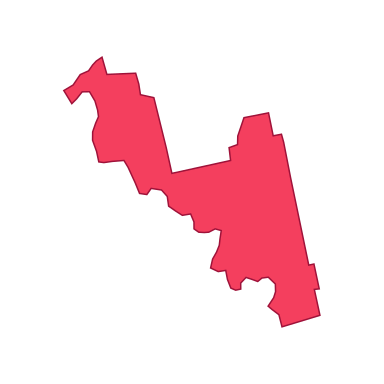 the district of Travesseiro, Rio Grande do Sul, Brazil, rotated 348°
{"feature_id": "56859067B26853179504026", "entity_name": "Travesseiro", "entity_type": "district", "adm_level": 2, "iso_a3": "BRA", "parent_name": "Brazil", "parent_adm1": "Rio Grande do Sul", "projection": "equal_earth", "projection_center": [-52.102, -29.282], "detail": "fine", "context": "isolated", "style": "filled", "palette": "rose", "viewbox_px": 384, "rotation_deg": 348, "n_neighbors": 0, "source": "geoboundaries", "source_scale": "gbopen_adm2", "svg_char_len": 1216}
<svg xmlns="http://www.w3.org/2000/svg" viewBox="0 0 384 384"><g transform="rotate(348 192 192)"><path d="M296.3,287.8L291.0,287.8L291.4,198.7L292.0,162.4L291.5,154.1L283.1,153.9L283.3,130.5L258.3,130.1L253.4,138.4L248.4,146.8L246.4,155.1L237.5,156.3L236.3,169.2L208.8,169.4L176.2,169.6L176.0,143.5L174.3,91.8L161.8,86.1L162.4,75.3L161.6,64.1L133.2,59.3L132.0,41.4L125.6,44.0L121.2,47.1L116.0,52.0L107.1,53.9L98.0,62.6L87.7,66.1L92.8,80.6L98.5,76.9L105.4,71.2L112.6,72.6L116.0,82.8L116.7,92.2L116.2,98.9L112.1,104.6L107.3,112.6L105.5,120.7L107.1,132.5L107.1,143.2L111.9,144.9L120.5,145.5L132.0,147.0L134.6,154.5L138.4,171.4L140.4,182.5L147.3,185.1L152.8,180.0L162.6,183.7L166.9,191.2L166.2,201.0L172.2,207.4L177.7,212.8L186.1,213.2L187.7,221.7L186.3,228.5L190.2,232.7L195.6,234.2L200.1,234.8L207.0,232.9L212.6,235.8L209.7,243.5L207.6,249.8L203.5,255.9L198.2,261.9L194.4,270.2L201.1,275.3L208.7,275.7L208.5,284.9L210.0,294.1L214.3,297.1L219.5,297.1L220.7,291.2L227.1,286.8L232.6,290.0L237.7,293.2L242.5,290.7L248.9,291.2L254.4,299.3L253.0,306.9L249.9,312.4L242.7,319.5L245.9,323.6L251.5,330.1L252.0,342.6L291.5,339.2L291.4,312.7L296.3,313.2L296.3,287.8Z" fill="#f43f5e" stroke="#9f1239" stroke-width="1.5"/></g></svg>